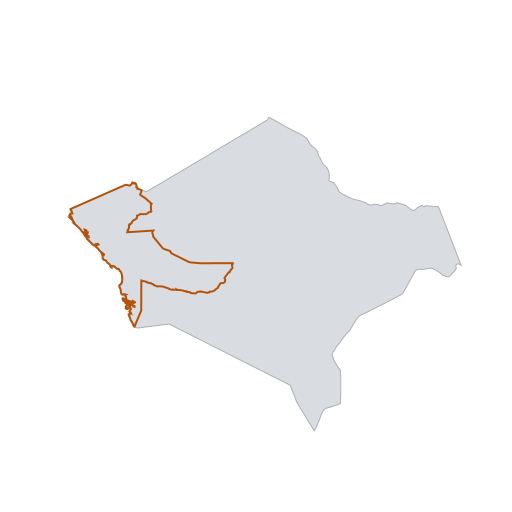 Coast highlighted on a map of Kenya, rotated 117°
{"feature_id": "KEN-1193", "entity_name": "Coast", "entity_type": "Province", "adm_level": 1, "iso_a3": "KEN", "parent_name": "Kenya", "parent_adm1": "", "projection": "robinson", "projection_center": [39.627, -2.351], "detail": "fine", "context": "in_parent", "style": "outline", "palette": "amber", "viewbox_px": 512, "rotation_deg": 117, "n_neighbors": 0, "source": "natural_earth", "source_scale": "10m", "svg_char_len": 8851}
<svg xmlns="http://www.w3.org/2000/svg" viewBox="0 0 512 512"><g transform="rotate(117 256 256)"><path d="M126.7,307.5L126.6,301.2L127.4,285.3L127.3,271.3L128.0,264.3L131.0,259.9L132.5,256.6L133.5,252.1L135.1,248.5L138.7,245.5L139.3,243.8L143.2,238.8L145.5,232.4L147.2,230.2L149.4,228.2L150.9,227.2L153.4,226.1L155.4,225.5L155.8,225.0L155.9,224.0L155.3,220.0L156.1,218.7L157.5,216.0L159.0,213.5L160.4,212.0L161.2,210.4L161.6,207.6L161.6,205.6L161.6,202.3L161.2,195.0L159.6,188.8L158.6,181.9L159.3,179.7L158.0,175.6L157.4,175.4L156.3,174.5L155.0,170.7L154.0,167.2L153.4,166.4L149.1,163.3L146.9,156.2L144.5,154.6L143.2,147.4L142.9,145.4L144.3,138.3L144.2,136.7L142.7,135.2L138.7,133.7L135.4,130.7L135.8,129.7L136.0,128.6L134.3,127.9L129.3,115.8L135.8,108.5L142.4,101.1L150.8,91.7L158.5,83.1L165.2,75.7L171.2,69.1L171.0,70.3L171.1,72.0L171.8,73.1L173.0,73.8L174.7,73.0L176.2,72.0L177.7,71.8L186.6,74.5L188.1,76.9L188.0,79.5L188.4,81.4L187.7,83.3L186.9,89.0L187.2,94.2L189.8,98.1L192.2,101.1L194.1,105.4L195.5,106.7L197.5,107.4L203.6,107.5L212.7,107.8L221.5,108.1L222.3,108.2L224.1,108.8L232.2,114.5L239.6,119.8L245.8,124.4L251.9,128.8L257.8,133.2L262.4,136.7L266.9,137.8L274.2,138.4L279.3,138.5L284.0,140.0L290.9,141.5L296.1,142.2L299.3,143.0L308.0,143.8L309.4,143.3L313.3,139.4L317.6,132.9L319.2,129.3L324.8,125.8L334.6,120.8L341.5,117.3L349.1,113.8L352.6,116.9L357.4,121.7L359.6,124.2L361.3,125.2L363.9,125.9L367.1,125.9L368.8,125.8L372.4,125.2L380.6,124.6L385.4,124.7L381.4,131.1L376.6,138.9L367.8,153.2L361.1,160.7L356.1,166.3L355.6,167.4L355.6,173.7L355.7,189.2L355.8,220.1L355.9,251.0L356.0,282.0L356.1,297.4L356.1,302.6L360.5,309.1L364.9,315.5L370.6,323.9L373.7,328.4L374.2,329.9L374.0,332.9L369.3,339.2L365.4,342.1L360.2,343.4L358.7,343.2L356.6,342.3L355.8,343.8L355.2,346.1L354.1,345.7L353.2,345.0L353.7,349.1L354.3,351.2L353.5,354.0L350.9,356.4L350.7,358.5L345.2,363.9L337.5,364.5L333.4,367.2L331.6,369.4L330.2,374.2L330.7,381.5L328.5,387.2L328.1,390.0L324.1,393.7L322.3,397.0L321.0,400.5L319.9,402.0L318.5,409.6L316.6,414.3L316.1,415.9L315.7,417.3L314.2,420.0L313.3,421.9L312.6,423.1L307.9,435.1L304.2,440.5L301.3,439.8L299.4,441.9L299.2,442.9L298.1,442.4L295.7,440.4L290.7,436.3L285.8,432.3L280.8,428.2L275.8,424.2L270.8,420.1L265.9,416.0L260.9,412.0L255.9,407.9L253.0,405.6L251.7,404.1L250.7,401.3L250.2,400.6L248.9,399.8L247.3,399.6L246.9,399.0L246.9,397.7L247.4,395.7L249.3,392.0L249.5,389.8L249.1,387.3L248.5,383.4L248.0,382.5L244.7,380.4L237.8,376.0L230.9,371.6L224.0,367.3L217.1,362.9L210.2,358.5L203.3,354.2L196.4,349.8L189.5,345.4L182.5,341.1L175.6,336.7L168.7,332.3L161.8,328.0L154.9,323.6L148.0,319.2L141.1,314.9L134.1,310.5L131.5,308.8L129.2,307.5L126.7,307.5ZM356.6,349.9L355.4,350.2L356.0,348.1L359.6,345.4L361.0,346.0L361.3,346.7L361.2,347.2L360.6,347.8L356.6,349.9Z" fill="#d9dde1" stroke="#a8b0b8" stroke-width="1"/><path d="M374.1,332.2L374.1,332.9L371.6,335.8L370.5,337.8L370.3,338.5L369.6,339.0L367.8,340.9L366.6,342.5L365.9,342.9L365.4,342.2L364.8,342.5L364.3,342.5L363.9,342.0L363.9,341.2L363.2,342.0L363.1,342.9L362.8,343.7L361.9,343.6L360.3,343.3L359.9,343.6L359.3,344.4L358.4,344.8L357.7,345.7L357.2,345.6L356.5,345.2L356.2,344.8L356.1,344.3L356.1,343.7L356.4,342.7L356.3,341.8L356.5,341.3L357.0,340.5L355.8,341.5L355.7,345.8L355.0,346.8L354.4,346.3L353.8,344.0L352.9,343.3L352.6,342.9L352.3,342.8L351.9,343.3L352.1,343.8L352.2,344.3L352.1,344.8L352.6,344.5L353.0,344.6L353.3,345.0L353.4,345.6L353.4,345.9L353.1,346.1L353.0,346.3L353.1,346.7L353.6,346.8L353.7,347.0L353.7,349.7L353.9,351.1L354.3,352.1L354.6,352.2L355.4,352.1L355.8,352.5L356.1,353.0L356.1,353.4L355.8,354.3L355.0,355.4L354.3,355.6L354.2,355.2L355.2,354.6L354.7,354.4L354.2,354.0L353.4,353.1L353.3,352.8L353.3,352.5L353.0,352.3L352.3,352.6L351.5,353.1L350.8,354.1L350.1,354.8L349.4,354.3L349.5,355.0L349.7,355.3L350.1,355.5L349.9,356.1L350.1,356.6L351.0,357.3L351.2,357.8L350.8,358.7L349.9,359.7L348.9,360.5L347.4,361.2L345.4,363.9L344.3,364.4L343.3,364.1L342.4,363.6L341.3,363.4L340.3,363.5L337.0,364.7L335.6,365.8L334.8,366.0L333.9,366.7L332.3,368.2L331.9,368.6L331.6,369.2L331.0,370.7L330.0,372.1L329.9,372.7L330.0,373.0L330.4,373.7L330.5,374.0L330.3,374.8L329.7,377.2L329.6,378.4L330.3,379.0L330.1,379.9L330.5,380.4L331.2,380.3L331.9,379.7L331.9,380.1L331.7,380.6L330.5,381.8L329.8,382.8L329.7,383.3L329.5,385.1L329.3,385.8L328.2,387.5L328.2,388.0L328.5,389.4L328.5,390.0L328.3,390.6L328.1,391.1L327.7,391.6L327.2,391.9L325.6,392.7L325.2,393.1L324.4,394.1L324.0,394.5L323.4,394.6L323.7,394.0L324.0,392.6L324.1,392.1L323.5,392.2L323.3,392.6L323.2,393.9L323.0,394.8L323.2,395.4L322.7,396.5L322.0,398.5L321.1,400.0L320.8,402.2L320.4,403.0L320.0,403.4L319.7,403.5L319.0,403.1L318.5,402.5L317.4,402.4L317.6,401.9L317.3,401.6L317.0,402.3L317.1,402.8L317.5,403.2L318.1,403.1L317.8,403.7L317.9,404.1L318.3,404.3L319.5,403.7L319.8,404.0L320.0,404.6L320.1,405.1L320.1,406.3L317.4,414.5L316.6,415.4L315.7,415.5L315.0,415.0L315.0,413.7L314.3,414.2L314.1,414.5L314.7,415.9L315.0,416.2L315.7,416.2L316.1,416.4L316.0,417.0L315.3,417.8L315.1,418.4L314.6,419.3L314.3,419.5L314.0,419.3L313.8,418.4L313.6,418.2L313.3,417.8L313.4,416.9L313.4,416.4L312.8,417.0L312.0,416.5L311.6,416.4L311.2,416.7L311.6,417.1L312.8,417.5L312.6,418.1L312.2,418.4L311.2,418.7L310.2,418.7L310.1,419.0L310.1,419.7L310.3,420.5L310.8,419.8L311.9,419.7L313.0,420.1L313.7,420.7L313.5,421.6L311.9,424.8L310.9,427.8L309.8,432.3L309.5,433.3L309.2,432.8L308.9,432.9L308.4,433.6L308.3,433.8L308.3,434.2L307.7,435.1L306.6,438.9L306.4,438.2L306.5,437.1L306.3,436.6L305.9,437.0L305.2,438.6L304.9,438.4L304.6,438.5L304.6,439.0L304.6,439.3L305.1,440.1L304.8,440.6L303.7,440.8L302.5,440.4L301.7,439.3L301.5,440.1L300.5,439.8L299.8,440.5L299.2,441.6L298.6,442.1L298.2,442.2L298.1,442.4L252.2,404.9L251.7,404.2L251.4,403.4L250.8,401.2L250.6,400.6L250.1,400.1L249.5,399.8L248.8,399.6L248.1,399.5L246.6,399.6L246.5,399.1L246.9,397.8L246.7,397.5L246.2,397.5L245.9,397.2L245.9,396.8L246.1,396.0L246.3,395.6L246.8,395.0L247.5,394.4L248.3,393.9L248.9,393.9L248.8,393.2L248.9,392.7L249.3,392.4L249.9,392.3L249.2,387.9L249.8,387.6L252.8,387.2L253.9,387.2L254.1,386.9L254.2,386.4L254.7,381.2L256.9,372.7L257.7,373.0L258.5,372.7L262.4,370.6L263.2,370.0L263.5,369.6L263.9,369.4L264.4,369.7L265.2,370.8L266.1,371.6L267.9,372.4L268.6,373.1L270.0,375.5L271.0,377.9L271.3,378.3L272.9,379.0L274.0,380.3L274.3,380.0L274.6,379.8L275.3,379.7L275.9,379.7L276.3,379.4L277.0,379.5L278.6,380.4L279.3,381.1L280.2,381.4L280.8,381.9L281.2,381.9L282.3,381.7L282.7,381.8L283.7,382.2L285.2,382.4L285.4,382.6L285.3,383.2L285.5,383.3L286.1,383.1L286.5,382.8L287.4,382.7L288.2,382.0L288.5,381.9L289.5,382.0L290.3,381.8L290.8,382.0L291.2,382.1L291.8,381.3L292.0,381.2L292.3,381.3L292.9,381.6L293.3,381.5L279.9,359.0L280.1,359.0L280.6,359.1L281.5,359.2L282.2,359.0L282.9,358.6L283.7,357.4L284.1,357.1L284.9,356.8L285.4,356.3L291.3,342.9L291.4,342.2L291.5,341.1L290.6,334.9L290.7,334.5L291.8,333.1L292.0,332.6L291.8,312.8L291.6,311.9L287.8,302.4L273.0,273.6L273.0,273.2L273.6,273.2L273.9,273.1L274.6,273.4L275.6,272.9L277.2,271.6L278.1,271.6L280.0,272.3L280.8,272.1L281.3,272.3L281.8,272.4L282.4,272.2L282.5,272.5L282.9,272.8L283.7,273.1L289.8,274.1L290.2,273.9L290.9,272.7L291.3,272.5L291.8,272.3L292.8,272.1L293.8,272.1L294.0,272.2L294.3,272.5L294.9,273.0L296.6,275.4L299.4,275.5L300.0,275.8L301.2,275.6L301.9,275.6L302.4,275.9L303.1,276.5L304.0,276.7L304.5,277.0L305.9,277.6L306.3,277.8L307.3,278.6L307.6,279.2L308.0,279.6L308.6,280.9L308.9,281.1L309.4,281.0L309.7,281.1L310.2,282.1L310.8,282.5L311.2,283.4L312.5,288.6L312.7,289.2L313.1,289.3L313.3,289.6L313.4,290.0L313.5,290.6L314.6,291.9L315.0,292.1L315.8,292.2L316.3,292.4L316.7,292.8L317.0,293.2L317.2,293.7L317.3,294.3L318.3,296.0L318.3,297.4L318.6,297.7L318.3,298.2L318.4,298.8L318.8,300.0L318.9,301.2L319.0,301.5L319.5,301.5L319.4,302.0L319.2,302.5L319.4,302.9L319.9,304.5L319.9,305.5L320.3,306.3L320.7,307.9L321.9,310.6L322.3,311.1L321.9,311.7L321.7,312.3L322.4,312.4L322.9,312.9L323.3,313.7L323.4,314.5L324.2,315.4L324.6,316.8L324.7,319.9L324.9,321.4L325.2,322.6L325.4,325.0L325.6,325.4L327.1,328.9L327.8,329.8L328.0,330.4L328.1,332.7L328.4,333.7L328.3,334.0L327.9,334.5L327.9,335.1L328.1,336.7L328.1,337.0L327.9,337.4L327.9,337.7L328.1,338.0L328.6,338.7L328.8,340.5L329.0,341.0L328.6,341.5L328.8,342.0L329.2,344.0L329.8,345.7L329.7,346.0L329.8,347.0L331.6,346.2L356.7,333.5L374.1,332.2ZM358.5,345.9L358.9,345.4L359.8,345.5L360.7,345.8L361.4,346.3L362.0,347.4L361.8,348.2L361.2,348.3L360.8,347.5L360.7,348.3L360.6,348.7L360.3,348.8L360.2,349.0L359.7,349.0L359.4,348.6L358.4,348.8L357.2,349.6L356.9,349.3L356.6,349.4L356.4,349.7L356.3,350.2L356.5,350.5L357.1,351.0L357.0,351.3L356.6,351.3L356.3,351.1L356.2,350.8L356.1,350.3L355.4,350.5L355.4,349.6L355.8,348.5L356.2,347.7L356.8,347.3L357.6,347.0L358.2,346.7L358.5,345.9Z" fill="none" stroke="#b45309" stroke-width="2"/></g></svg>